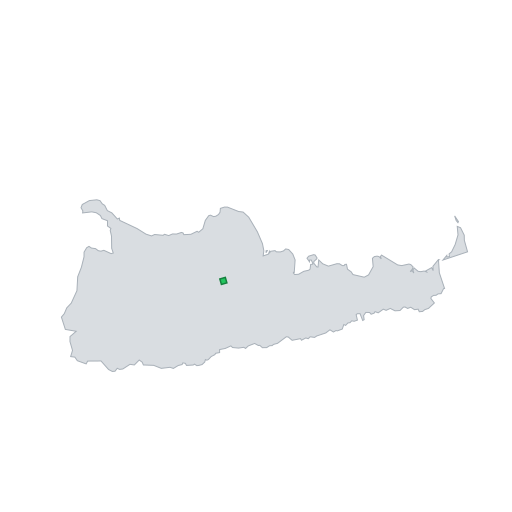 location of Chapaleufú, La Pampa, Argentina, rotated 254°
{"feature_id": "61730980B17447660038504", "entity_name": "Chapaleufú", "entity_type": "district", "adm_level": 2, "iso_a3": "ARG", "parent_name": "Argentina", "parent_adm1": "La Pampa", "projection": "albers", "projection_center": [-63.678, -35.228], "detail": "fine", "context": "in_parent", "style": "filled", "palette": "green", "viewbox_px": 512, "rotation_deg": 254, "n_neighbors": 0, "source": "geoboundaries", "source_scale": "gbopen_adm2", "svg_char_len": 3988}
<svg xmlns="http://www.w3.org/2000/svg" viewBox="0 0 512 512"><g transform="rotate(254 256 256)"><path d="M307.3,156.3L304.1,161.1L304.6,164.5L301.5,172.4L302.1,174.0L299.7,177.7L300.2,181.8L299.0,185.7L299.2,190.8L298.3,192.2L296.4,192.5L294.8,199.4L296.0,206.2L294.6,207.4L296.8,212.4L304.2,217.1L307.8,221.7L307.8,223.5L305.6,226.0L305.3,228.3L306.2,231.4L308.0,233.5L311.6,234.9L311.7,239.3L310.9,242.0L303.6,251.5L301.8,255.7L295.3,259.7L278.8,264.0L266.1,265.6L258.9,265.0L254.1,262.9L254.4,268.5L256.8,270.2L255.5,270.2L256.5,271.3L255.9,275.8L254.4,276.7L253.2,280.5L253.3,283.8L254.6,286.5L253.2,289.2L247.7,291.9L241.4,292.5L229.6,288.2L230.0,287.5L229.4,287.2L227.5,288.1L226.7,291.9L228.1,297.7L227.8,302.7L228.5,304.4L232.8,306.2L232.5,308.3L233.9,308.5L236.9,308.0L237.3,306.4L235.7,305.8L239.8,304.4L241.3,306.6L241.4,311.7L240.7,313.1L237.5,314.1L236.6,313.8L234.8,310.2L233.3,309.5L228.8,311.4L228.3,312.6L234.9,315.2L230.1,318.0L226.3,322.8L226.3,331.6L225.5,334.1L222.9,336.4L222.5,338.1L223.4,339.1L223.1,340.7L218.1,340.3L214.6,343.1L211.4,344.1L205.8,354.2L206.8,359.0L213.5,365.7L221.7,367.3L222.8,369.6L222.5,372.3L221.6,374.0L218.7,375.6L221.2,375.5L222.3,376.9L208.4,389.7L206.6,393.4L206.1,400.8L205.1,402.4L202.2,404.0L200.2,402.5L198.5,399.9L198.7,402.1L196.1,403.0L199.3,403.0L200.9,404.7L196.6,407.6L195.5,410.1L195.2,413.5L193.6,415.6L194.9,415.1L196.4,421.6L193.1,422.3L197.3,423.2L202.3,430.4L201.9,431.0L201.8,430.3L189.3,427.6L172.8,428.3L172.9,427.3L168.8,423.5L169.4,420.6L168.6,418.2L169.2,415.9L168.4,413.2L166.9,412.4L161.7,414.5L158.1,407.4L157.9,403.4L156.8,400.9L157.4,397.6L160.2,397.2L160.7,393.6L164.1,390.6L163.8,387.3L165.9,385.2L166.2,383.5L163.9,379.4L165.0,374.5L168.6,370.6L167.9,366.1L169.8,363.7L167.7,357.8L169.7,355.1L168.5,353.8L168.3,350.6L170.4,349.6L171.5,346.0L169.1,343.0L165.0,342.4L164.6,340.8L171.9,340.1L172.6,337.5L172.0,336.1L166.4,335.8L166.2,332.4L167.3,330.1L166.0,328.0L166.3,325.9L164.6,323.0L165.9,321.5L162.0,318.8L161.6,313.6L162.3,312.3L161.6,309.5L164.7,306.7L162.8,301.9L162.4,292.4L161.6,289.9L163.4,285.8L162.1,283.4L163.5,281.3L162.5,276.5L164.3,276.0L165.0,267.5L169.2,264.7L170.0,262.9L166.1,252.6L166.2,248.5L165.4,246.8L166.0,244.4L165.0,241.0L166.1,236.9L169.1,235.0L169.3,233.6L172.3,230.6L171.7,223.8L170.0,220.5L171.6,219.1L172.3,213.8L174.5,208.2L176.5,207.1L175.6,200.9L176.1,195.2L173.2,194.4L173.6,190.3L172.6,189.4L171.7,185.2L169.6,181.7L169.4,180.0L170.4,178.8L168.2,177.5L166.5,174.2L166.6,171.0L166.9,168.9L169.0,167.1L168.5,165.6L170.0,159.0L172.3,158.5L173.4,156.2L172.0,155.0L172.2,151.1L170.7,145.6L172.7,142.7L174.1,134.0L179.1,127.5L182.3,117.7L185.2,117.4L188.2,115.1L184.8,109.0L186.6,105.0L184.1,96.8L184.6,93.6L186.3,91.7L184.1,88.7L184.6,86.1L187.5,83.0L197.8,78.1L201.4,65.2L199.1,63.0L204.6,55.4L208.7,54.0L210.4,50.1L215.8,53.6L225.1,53.6L229.8,55.0L233.2,62.4L238.0,52.5L250.9,52.1L253.4,55.8L258.3,59.8L261.6,65.4L272.0,74.3L285.2,78.9L293.2,85.0L302.5,90.4L307.1,91.8L310.6,95.5L311.3,98.1L309.0,100.0L307.3,103.8L304.6,105.8L303.4,108.2L303.4,111.3L298.2,117.4L298.2,119.6L303.2,119.4L315.0,122.6L320.7,122.9L322.5,124.1L325.8,121.5L330.8,123.0L334.4,118.2L337.8,117.6L341.6,114.4L343.7,110.3L345.2,101.2L347.1,102.0L350.6,101.1L353.4,103.2L355.2,111.1L353.9,118.5L352.2,121.3L348.5,122.6L346.4,124.5L340.6,125.6L337.2,129.3L329.8,132.9L330.1,135.1L327.8,134.8L315.1,149.3L307.3,156.3ZM201.7,460.5L200.6,434.6L204.0,439.6L202.4,439.3L202.1,441.8L204.8,442.2L206.1,445.2L212.1,450.6L220.6,456.0L229.0,457.6L226.8,460.4L218.6,461.9L213.7,460.6L201.7,460.5ZM232.4,459.3L234.9,458.2L239.8,458.0L233.3,460.1L232.4,459.3ZM258.3,267.2L258.1,268.4L256.4,266.5L258.3,267.2Z" fill="#d9dde1" stroke="#a8b0b8" stroke-width="1"/><path d="M243.9,219.5L243.9,214.9L242.8,214.9L242.4,214.9L241.3,214.9L239.8,214.9L238.9,214.9L238.2,214.9L238.2,215.0L238.2,217.4L238.2,219.0L238.2,220.6L240.5,220.6L243.9,220.6L243.9,219.5Z" fill="#22c55e" stroke="#15803d" stroke-width="1.5"/></g></svg>